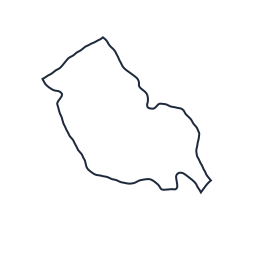 Villa Jaragua, Bahoruco, Dominican Republic (orthographic projection), rotated 127°
{"feature_id": "3306468B1836648434057", "entity_name": "Villa Jaragua", "entity_type": "district", "adm_level": 2, "iso_a3": "DOM", "parent_name": "Dominican Republic", "parent_adm1": "Bahoruco", "projection": "orthographic", "projection_center": [-71.495, 18.534], "detail": "fine", "context": "isolated", "style": "outline", "palette": "slate", "viewbox_px": 256, "rotation_deg": 127, "n_neighbors": 0, "source": "geoboundaries", "source_scale": "gbopen_adm2", "svg_char_len": 2917}
<svg xmlns="http://www.w3.org/2000/svg" viewBox="0 0 256 256"><g transform="rotate(127 128 128)"><path d="M70.7,202.6L72.7,203.1L74.0,203.6L76.9,205.1L79.5,206.2L82.9,208.2L85.5,209.3L88.4,210.9L89.7,211.3L91.8,211.8L94.5,212.5L97.5,213.9L98.7,214.4L102.2,215.2L103.5,215.6L106.5,217.0L107.8,217.5L110.1,217.8L117.9,218.1L119.4,218.2L120.9,218.5L122.3,218.9L125.2,220.3L130.7,221.8L134.3,223.5L137.5,224.6L140.3,225.8L142.2,221.6L142.7,220.3L143.0,218.1L143.1,215.9L142.9,212.2L142.5,210.0L142.0,208.8L140.5,205.9L140.1,204.6L140.0,203.3L140.1,202.6L140.3,202.0L140.5,201.4L141.0,200.9L141.5,200.5L142.7,200.1L144.0,200.0L148.7,199.9L150.0,199.7L151.2,199.2L152.0,198.3L153.5,196.2L156.7,192.1L157.5,190.9L159.1,187.8L163.1,182.5L163.8,181.2L164.7,179.3L166.6,175.9L167.7,173.3L169.5,169.8L169.8,168.5L170.4,165.7L170.8,164.3L172.6,160.8L173.7,158.3L175.5,154.8L175.9,153.4L176.6,150.0L177.0,148.7L178.6,145.8L179.4,143.9L180.1,142.6L181.0,141.5L183.4,138.6L184.2,137.4L184.5,136.7L185.0,135.4L185.2,133.9L185.3,130.2L185.1,127.3L184.6,125.2L184.0,124.0L182.7,121.7L181.6,119.1L179.8,115.6L179.4,114.2L178.8,111.5L178.5,110.1L177.1,107.1L176.6,105.8L175.9,102.4L175.5,101.0L172.3,94.4L171.5,93.3L170.6,92.2L168.6,90.3L166.9,89.2L163.7,87.7L162.6,87.0L161.0,85.6L159.0,83.7L157.5,82.2L156.2,80.5L155.6,79.3L155.2,78.0L155.0,76.6L154.9,74.5L155.0,71.7L155.2,69.7L155.5,68.4L156.6,65.6L156.8,64.5L156.5,63.4L155.8,62.3L155.0,61.3L150.9,56.7L150.1,55.7L148.8,53.6L148.4,53.3L147.5,52.9L146.5,52.9L146.0,53.0L144.9,53.6L143.4,54.8L139.1,59.3L138.1,60.2L136.9,60.8L136.4,60.9L135.4,61.0L134.8,60.9L134.1,60.7L133.5,60.5L132.5,59.7L131.7,58.6L131.4,58.0L130.9,56.5L130.8,55.0L130.7,53.4L130.8,46.0L131.0,43.5L131.2,42.0L131.4,41.2L131.8,39.8L133.3,36.9L134.4,33.6L135.6,31.0L129.9,31.1L125.6,31.1L122.2,30.7L120.0,30.2L118.7,35.5L118.0,37.5L116.4,40.3L115.4,42.9L113.4,46.3L112.4,48.9L110.5,52.4L109.4,54.9L108.6,56.2L107.6,57.3L106.6,58.4L105.5,59.4L104.3,60.3L103.0,60.9L100.5,62.0L97.6,63.6L94.4,64.9L90.5,67.1L89.5,67.8L88.8,68.8L86.9,72.1L86.3,73.3L85.9,74.7L85.4,77.4L85.0,78.8L83.7,81.7L83.2,83.0L82.9,84.5L82.3,89.5L82.0,90.8L80.9,93.1L80.5,94.3L80.4,95.0L80.4,96.3L80.5,97.0L80.9,98.2L82.1,100.5L83.2,103.0L85.0,106.5L85.4,107.9L85.9,110.7L86.3,112.0L86.9,113.2L88.5,115.9L89.2,116.9L89.7,117.4L90.2,117.7L91.4,118.1L94.6,118.4L95.9,118.7L97.0,119.2L97.5,119.6L98.2,120.6L99.3,122.6L99.6,123.7L99.6,124.3L99.5,124.9L99.2,125.4L98.5,126.3L97.5,127.0L95.1,128.0L93.3,129.2L91.6,130.6L90.1,132.4L89.4,133.7L89.0,135.2L88.8,136.7L88.6,142.0L88.3,143.4L88.0,144.0L87.7,144.5L87.3,145.0L85.4,146.3L84.6,147.2L83.8,148.2L83.2,149.5L82.8,150.9L82.7,152.5L82.6,154.9L82.8,164.6L82.6,167.0L82.3,168.5L81.8,169.9L80.3,172.8L79.2,175.3L77.2,178.8L76.1,181.3L74.9,183.6L74.4,184.8L73.9,186.9L73.4,191.2L73.1,192.6L72.7,193.9L71.4,196.9L71.0,198.2L70.8,199.7L70.7,202.6Z" fill="none" stroke="#1e293b" stroke-width="2"/></g></svg>